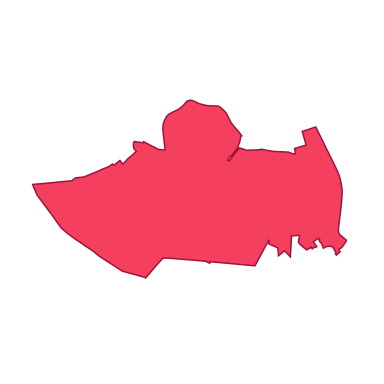 Baldone, Baldones, Latvia, rotated 187°
{"feature_id": "27541924B69230564429845", "entity_name": "Baldone", "entity_type": "district", "adm_level": 2, "iso_a3": "LVA", "parent_name": "Latvia", "parent_adm1": "Baldones", "projection": "mercator", "projection_center": [24.39, 56.741], "detail": "fine", "context": "isolated", "style": "filled", "palette": "rose", "viewbox_px": 384, "rotation_deg": 187, "n_neighbors": 0, "source": "geoboundaries", "source_scale": "gbopen_adm2", "svg_char_len": 3867}
<svg xmlns="http://www.w3.org/2000/svg" viewBox="0 0 384 384"><g transform="rotate(187 192 192)"><path d="M98.4,139.3L92.9,144.9L86.5,139.6L87.3,152.5L87.4,153.7L87.9,160.4L84.2,161.3L80.8,162.0L80.0,161.3L80.2,158.0L80.3,155.1L77.4,152.4L71.2,148.5L69.1,150.0L67.1,151.5L66.9,151.8L65.8,150.2L64.9,151.2L63.0,152.2L61.5,152.8L61.6,153.0L63.5,155.2L65.5,157.4L62.7,159.9L62.2,160.5L61.0,160.9L60.7,161.1L60.2,161.4L59.8,161.4L59.5,161.2L59.7,160.8L59.9,159.9L59.6,159.0L59.2,158.4L58.3,157.7L57.5,157.0L56.9,156.4L55.9,154.5L55.2,152.9L54.7,152.2L54.5,152.4L51.3,154.5L46.5,155.0L43.3,152.0L43.5,151.5L41.7,149.7L42.2,148.3L41.0,147.0L37.8,150.6L37.7,150.7L39.3,152.9L39.2,153.0L37.8,154.1L36.5,155.3L33.2,161.3L32.9,163.0L37.9,166.3L40.9,168.2L42.2,172.4L42.2,180.9L42.2,189.7L42.3,197.9L42.3,198.8L42.7,207.3L42.7,207.8L43.1,211.1L43.2,211.7L43.8,214.5L44.1,215.5L44.5,217.0L44.8,218.0L44.9,218.4L45.0,218.7L45.5,220.1L45.7,220.9L46.0,221.8L46.5,223.0L46.6,223.3L47.0,224.3L47.6,225.6L48.7,227.7L50.2,230.5L50.6,231.1L51.8,233.0L55.0,237.9L58.7,243.6L64.3,252.1L67.4,256.9L73.3,265.8L77.1,271.6L77.6,271.4L80.8,269.9L84.9,267.9L89.5,265.8L89.8,265.7L90.0,265.6L88.8,262.9L87.6,260.0L86.4,257.1L84.8,253.3L84.5,252.5L95.5,247.7L95.4,247.4L94.0,243.0L93.9,242.8L96.8,242.2L97.5,242.4L101.4,243.4L103.2,243.2L116.8,242.2L117.3,242.2L120.4,242.4L122.5,242.5L123.0,242.5L125.6,242.7L127.8,242.9L128.1,243.0L128.4,242.8L132.1,241.8L132.3,241.7L134.5,241.4L143.6,240.0L143.9,240.0L144.5,240.4L144.9,240.6L145.7,240.7L147.1,241.0L148.4,241.2L150.6,241.5L150.9,240.8L151.4,240.0L151.7,239.5L152.0,238.8L153.0,237.3L153.9,235.8L155.2,233.7L159.1,227.3L160.7,228.1L158.0,232.6L157.5,232.3L154.0,238.1L153.1,239.5L152.8,240.1L152.5,240.6L152.1,241.3L151.7,242.1L152.0,242.4L150.8,247.0L150.3,253.1L149.4,253.8L153.7,258.2L155.0,259.3L155.8,259.9L156.6,260.7L158.0,262.0L161.6,265.5L163.5,268.5L164.6,270.0L165.7,271.7L166.9,273.5L167.8,274.5L168.6,275.4L169.5,276.2L171.7,277.8L173.6,279.1L174.3,279.5L174.9,279.9L175.5,280.2L176.9,280.4L178.3,280.4L181.5,280.0L185.2,279.7L189.2,279.7L191.5,280.0L195.3,280.5L200.8,282.3L203.6,283.0L205.4,282.7L207.5,282.0L208.1,281.4L209.0,280.2L210.8,277.4L211.3,276.6L212.2,275.7L213.1,274.8L214.1,273.7L216.3,271.9L219.8,269.6L221.5,268.6L222.9,267.5L223.8,266.8L224.9,265.9L225.1,265.7L225.4,265.3L225.7,264.9L225.9,264.6L226.1,264.4L226.2,264.1L226.8,262.8L227.4,261.5L228.5,258.1L228.9,254.2L228.6,251.2L228.1,248.3L226.7,242.3L226.1,240.1L225.7,238.3L225.7,238.2L225.5,237.3L225.1,235.6L224.7,234.0L224.3,232.7L224.1,231.8L224.0,231.0L224.0,230.6L224.0,230.3L230.7,230.3L245.8,235.9L246.0,236.0L246.0,234.8L246.7,234.9L252.2,235.0L255.5,235.1L255.9,234.0L256.0,232.9L256.0,231.9L255.8,230.5L254.7,227.5L253.4,226.5L252.4,225.6L252.5,225.6L252.4,225.3L252.7,225.0L253.8,223.8L255.4,222.0L256.9,220.1L257.4,219.6L258.9,218.1L259.2,217.8L259.6,217.4L261.6,214.4L263.7,211.8L264.0,211.3L267.4,214.5L268.2,213.7L269.2,212.6L270.0,211.9L270.6,211.2L271.2,210.6L271.7,210.0L272.2,209.5L272.6,209.1L274.2,210.1L277.8,207.0L278.0,206.9L284.9,203.1L285.0,203.0L285.3,202.6L292.8,198.4L301.0,193.9L301.3,193.7L302.0,193.5L307.5,192.3L309.4,191.8L309.6,191.7L312.2,189.0L312.7,188.5L313.0,188.4L317.8,187.4L318.0,187.4L328.1,185.1L338.3,182.8L347.3,180.9L349.7,180.4L350.5,180.2L350.9,180.2L351.1,180.0L346.1,171.3L345.6,170.3L340.9,165.4L335.6,159.8L327.9,151.8L322.2,145.5L317.4,140.3L311.1,136.1L302.5,131.2L293.8,126.8L291.0,125.2L290.5,125.0L285.9,122.8L280.4,119.8L280.5,119.6L276.6,117.2L272.8,115.3L252.6,105.5L251.4,104.9L228.2,101.5L227.6,101.0L223.8,106.6L218.3,115.0L213.2,122.3L210.3,123.3L208.5,123.4L180.4,124.6L169.4,124.9L168.1,124.1L165.7,123.5L165.8,125.0L164.9,125.0L137.5,125.9L120.5,126.4L111.7,149.0L109.7,154.1L109.3,149.7L105.9,148.8L100.0,147.0L98.4,139.3Z" fill="#f43f5e" stroke="#9f1239" stroke-width="1.5"/></g></svg>